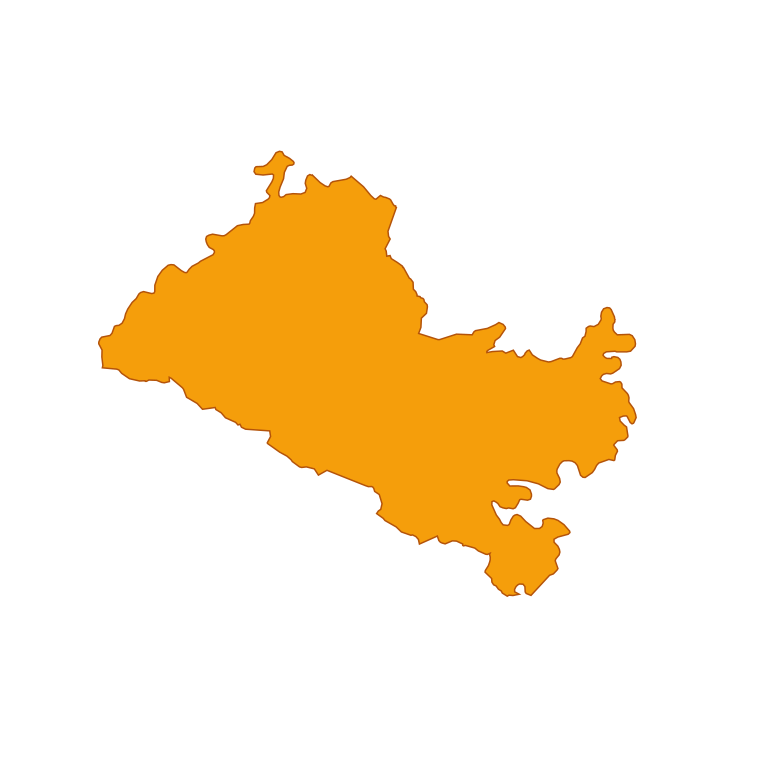 La Misión, Hidalgo, Mexico, rotated 333°
{"feature_id": "50627088B23138580841990", "entity_name": "La Misión", "entity_type": "district", "adm_level": 2, "iso_a3": "MEX", "parent_name": "Mexico", "parent_adm1": "Hidalgo", "projection": "orthographic", "projection_center": [-99.056, 21.066], "detail": "fine", "context": "isolated", "style": "filled", "palette": "amber", "viewbox_px": 768, "rotation_deg": 333, "n_neighbors": 0, "source": "geoboundaries", "source_scale": "gbopen_adm2", "svg_char_len": 6159}
<svg xmlns="http://www.w3.org/2000/svg" viewBox="0 0 768 768"><g transform="rotate(333 384 384)"><path d="M449.1,183.9L447.5,184.6L443.3,184.4L430.4,180.5L428.0,180.7L424.8,182.9L423.5,182.8L421.4,180.7L418.5,175.5L415.0,165.3L414.7,165.5L413.0,163.7L410.3,163.9L406.8,166.9L404.9,169.5L404.0,174.6L400.7,177.5L396.2,177.0L389.3,173.1L382.8,170.8L379.6,171.5L377.0,170.9L376.3,170.1L376.0,168.3L377.4,165.1L380.8,161.4L387.7,155.5L391.3,150.2L396.6,146.1L399.0,146.2L401.7,147.3L403.4,147.1L404.3,146.0L404.3,144.6L402.3,140.1L398.8,135.0L398.6,130.9L396.5,129.2L392.8,128.9L385.9,133.1L379.1,135.4L375.1,135.3L368.7,132.3L366.9,132.9L364.6,135.8L365.0,138.9L371.2,142.9L379.8,146.2L380.5,147.6L378.8,150.5L376.0,152.9L366.9,158.4L366.6,160.0L367.9,164.3L366.5,166.0L364.6,166.7L358.2,167.2L351.4,164.9L348.7,168.4L346.2,173.1L343.7,175.3L339.1,177.8L337.5,179.7L336.3,180.3L330.9,177.9L325.2,176.4L311.1,179.3L308.9,179.3L307.0,178.5L299.3,172.7L295.6,171.9L292.9,172.0L291.0,173.9L290.2,176.6L289.9,179.6L290.3,182.9L292.9,186.7L293.3,188.2L292.7,189.7L290.4,191.2L276.2,191.3L273.6,191.9L266.4,192.0L262.5,193.3L259.1,195.1L258.2,195.0L256.9,194.0L254.9,191.0L250.9,182.5L248.4,180.9L245.6,180.2L238.1,182.0L231.3,185.5L224.7,191.9L221.7,197.6L220.2,198.6L218.0,197.9L211.7,192.5L208.6,192.0L206.5,192.5L202.0,195.4L196.6,197.0L189.7,200.9L185.6,204.2L182.4,208.0L178.3,210.9L174.5,211.4L171.9,210.4L170.0,210.3L164.7,215.3L161.9,216.4L153.8,214.1L151.5,214.9L148.9,217.2L148.1,218.7L148.2,225.7L144.9,231.8L141.9,239.9L140.4,241.7L152.6,249.4L154.1,251.0L155.1,255.4L159.6,263.7L167.5,270.3L172.5,272.6L172.5,273.2L173.6,273.8L176.3,273.7L183.1,277.5L186.7,281.7L188.8,283.2L193.9,284.4L195.7,280.5L197.0,282.3L202.7,295.9L203.0,297.7L202.1,306.2L208.7,316.5L210.8,324.1L222.9,328.3L222.6,330.4L225.9,335.8L227.4,342.1L234.4,350.8L235.3,354.2L237.4,354.5L237.4,357.8L240.1,361.4L260.9,373.9L259.1,379.3L253.3,383.4L253.2,384.1L260.2,397.5L264.8,404.2L266.8,409.2L267.1,411.5L271.1,419.5L272.8,421.0L277.2,422.6L283.4,428.0L284.2,435.4L294.0,435.0L321.2,466.0L323.4,468.3L326.5,469.8L327.2,470.7L327.5,472.4L326.9,475.5L329.6,480.3L327.9,489.8L324.2,494.2L321.3,494.6L318.6,496.1L322.3,503.3L322.9,506.1L330.0,516.9L332.3,523.7L339.3,531.0L340.9,531.4L343.2,534.5L344.1,538.1L342.9,542.7L362.5,543.7L361.8,548.4L362.4,550.6L363.6,552.1L365.9,554.2L373.7,554.8L377.3,556.9L381.5,562.3L380.9,563.5L381.2,564.2L383.4,564.9L390.4,571.4L392.3,575.6L397.3,581.8L398.7,582.8L401.6,583.0L400.7,583.7L400.1,586.4L398.7,589.0L397.3,590.6L394.6,593.2L389.6,596.2L388.6,597.5L391.6,606.2L390.2,609.5L390.5,612.7L392.2,614.8L392.8,618.8L394.5,621.6L394.5,624.0L397.5,629.0L399.5,628.9L402.9,631.0L409.0,632.7L406.1,628.5L407.1,626.3L409.7,624.4L412.0,623.7L413.9,623.7L417.0,625.5L417.6,628.4L415.4,633.4L415.6,635.2L419.0,639.1L444.7,629.6L448.7,630.1L453.6,628.4L455.2,627.4L456.3,619.2L457.8,617.8L462.4,615.8L464.4,613.6L465.2,610.9L465.3,607.4L463.7,602.2L465.0,599.5L469.5,599.3L479.9,601.5L482.2,600.8L482.6,599.4L480.5,591.0L477.1,584.5L474.2,581.3L469.1,577.9L464.3,577.2L463.5,577.6L462.7,580.2L460.2,582.8L457.0,583.3L452.5,581.1L447.9,571.0L445.8,563.8L443.3,560.7L440.9,560.2L439.1,560.5L435.4,562.7L431.9,565.9L431.0,566.1L429.9,566.1L426.2,563.6L425.5,560.6L425.5,556.9L424.6,551.7L425.2,540.6L426.8,537.8L428.8,538.0L430.1,539.9L431.2,542.1L431.7,546.0L433.7,548.3L436.4,550.5L438.8,551.0L442.4,553.8L444.9,553.9L449.3,551.2L452.4,548.7L453.8,548.9L459.2,552.7L462.2,553.1L464.5,550.9L465.4,549.0L466.0,544.7L463.9,540.8L461.9,539.0L457.4,535.8L449.8,532.0L448.8,528.0L449.5,526.8L451.5,526.2L455.8,528.0L467.6,535.2L476.2,543.0L482.5,551.6L487.2,554.9L488.4,554.9L494.3,553.1L496.5,551.4L497.6,547.9L497.7,541.8L498.6,539.7L499.8,538.3L504.3,535.2L507.7,534.1L509.5,534.1L514.1,536.3L516.6,538.1L518.6,541.0L519.3,544.5L517.7,554.5L518.9,557.4L520.8,558.6L529.4,557.5L532.9,555.7L536.4,553.1L539.5,551.9L550.1,553.3L554.1,556.6L555.1,556.4L557.7,552.7L561.5,549.9L561.9,548.4L560.9,542.8L561.5,542.3L566.4,540.6L572.1,543.1L573.6,543.0L577.2,541.8L577.8,540.9L580.6,532.4L579.3,529.7L577.6,524.2L578.6,520.8L582.6,521.2L585.4,522.4L585.9,523.2L585.9,530.1L586.9,532.1L588.5,532.2L589.6,531.5L593.4,528.4L594.3,525.4L595.2,519.2L594.0,511.9L594.2,510.5L596.0,507.6L596.6,505.0L596.5,503.0L594.3,495.5L595.9,492.1L595.7,489.8L595.0,488.8L591.1,487.3L587.9,487.5L586.3,487.0L579.7,480.3L579.1,477.4L581.8,475.5L583.9,475.0L587.0,475.6L590.5,477.9L592.8,478.2L600.8,477.2L603.8,475.0L605.1,471.9L605.4,469.1L604.4,466.5L601.3,464.0L599.1,463.6L598.4,464.6L594.1,462.3L592.8,460.2L592.2,457.8L593.6,456.5L596.8,456.3L604.7,459.7L605.9,461.0L614.7,465.5L618.6,466.7L624.8,464.4L626.3,462.4L627.6,458.4L627.1,453.7L625.2,451.2L614.2,446.1L612.9,442.4L612.7,440.2L613.3,438.1L615.2,434.8L617.9,433.4L618.3,432.3L619.1,431.6L619.1,430.6L619.8,428.8L620.2,420.9L619.6,418.7L617.4,417.1L613.8,416.7L610.4,418.8L608.0,422.0L607.2,424.5L606.3,425.5L602.0,428.1L597.2,428.2L594.0,425.9L592.3,425.6L589.4,426.1L587.9,429.0L584.7,432.7L581.8,433.1L577.1,437.3L572.7,439.4L564.3,445.1L562.4,445.3L556.7,443.9L554.8,443.1L554.0,441.8L552.3,440.9L543.1,439.9L540.6,439.1L534.4,433.7L532.6,431.1L529.4,425.4L528.8,419.7L526.6,419.5L523.6,420.7L522.7,421.7L520.1,422.5L518.0,422.6L515.4,420.2L514.6,412.6L506.5,411.8L504.4,408.3L495.3,404.3L489.9,402.7L490.3,401.8L491.4,401.2L499.6,400.8L499.7,398.8L502.7,395.7L508.3,394.8L517.4,389.8L517.9,388.3L517.2,385.0L514.3,381.4L510.4,381.8L501.4,381.4L489.7,378.0L487.9,378.3L484.9,380.2L471.2,372.5L453.8,369.7L452.3,369.0L437.8,354.7L442.6,350.3L447.2,342.3L453.9,340.3L457.7,335.0L458.4,333.0L457.3,329.1L457.9,326.7L457.5,325.4L455.8,323.7L455.8,322.5L453.4,320.6L454.0,319.3L454.2,316.1L453.2,312.9L456.1,306.5L455.4,302.5L454.6,301.2L454.2,288.9L453.7,288.7L453.9,287.3L451.2,282.0L447.4,275.6L447.7,272.3L444.5,271.4L446.3,266.6L446.4,264.0L455.3,257.6L455.1,254.5L456.9,249.7L475.2,232.3L474.8,231.5L475.2,230.6L474.1,229.8L473.7,227.9L473.5,223.0L472.9,221.6L470.3,218.6L468.5,217.2L466.4,214.4L460.7,215.7L459.4,214.5L457.8,210.1L455.3,199.0L449.1,183.9Z" fill="#f59e0b" stroke="#b45309" stroke-width="1.5"/></g></svg>